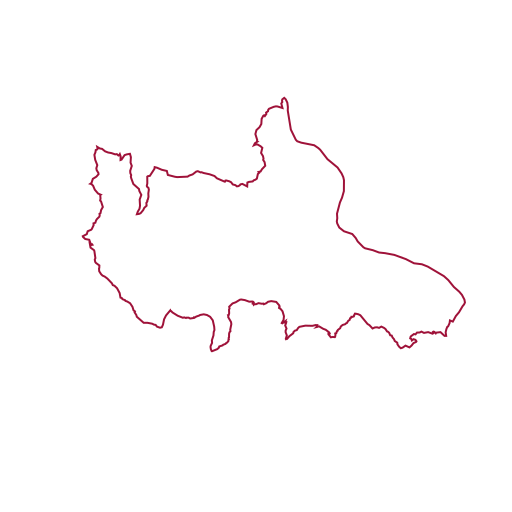 Vetel, Hunedoara, Romania (Equal Earth projection), rotated 47°
{"feature_id": "2599482B75379563819693", "entity_name": "Vetel", "entity_type": "district", "adm_level": 2, "iso_a3": "ROU", "parent_name": "Romania", "parent_adm1": "Hunedoara", "projection": "equal_earth", "projection_center": [22.747, 45.868], "detail": "fine", "context": "isolated", "style": "outline", "palette": "rose", "viewbox_px": 512, "rotation_deg": 47, "n_neighbors": 0, "source": "geoboundaries", "source_scale": "gbopen_adm2", "svg_char_len": 6128}
<svg xmlns="http://www.w3.org/2000/svg" viewBox="0 0 512 512"><g transform="rotate(47 256 256)"><path d="M90.2,327.9L91.2,327.3L93.5,327.2L97.6,328.7L102.6,328.9L105.2,327.8L105.1,328.3L107.8,330.4L109.2,332.2L110.4,332.1L115.7,334.6L116.8,338.0L118.6,340.5L118.4,341.7L119.6,342.5L120.4,343.7L120.5,347.1L120.9,348.7L122.1,350.8L121.3,352.6L122.7,353.7L124.3,357.7L124.4,358.6L123.1,362.2L124.6,364.9L123.4,369.2L124.1,369.5L127.1,369.3L130.4,366.9L133.9,368.4L135.1,368.5L135.5,367.9L136.2,368.0L135.7,368.8L133.6,369.1L137.0,371.3L141.2,370.5L142.1,370.8L148.0,374.9L148.7,376.4L150.6,377.6L151.8,377.8L156.1,377.0L157.9,378.8L158.1,379.4L160.3,381.1L163.7,381.7L165.7,381.6L167.8,380.7L171.1,380.1L177.7,380.0L179.6,380.6L181.2,379.8L184.8,379.6L190.1,381.0L194.0,383.5L195.3,382.8L196.5,383.1L199.0,381.9L199.8,382.1L201.5,381.2L204.7,380.3L208.9,381.0L212.2,382.6L214.0,382.3L214.4,383.2L217.6,383.8L219.1,384.6L228.3,383.7L230.9,380.9L234.7,378.1L236.7,377.4L237.9,376.4L240.1,376.6L243.0,375.1L243.9,373.5L242.8,370.9L239.6,366.4L238.1,362.3L237.3,355.8L238.0,356.1L238.5,355.6L240.3,355.6L246.3,354.0L251.3,351.6L251.9,350.4L253.6,349.5L253.6,349.0L255.2,347.3L256.8,346.8L259.0,343.6L258.6,343.1L259.4,342.3L259.5,341.1L260.8,338.2L261.0,337.1L263.0,334.0L265.7,332.1L269.2,331.0L273.6,331.5L279.2,334.8L281.8,336.9L282.7,338.7L285.1,341.3L287.6,345.8L289.6,347.4L290.8,350.4L291.5,351.3L293.4,352.6L295.4,353.3L295.7,353.0L297.7,347.8L297.7,345.6L297.1,344.6L298.6,341.4L298.5,340.6L299.5,338.2L299.3,337.5L299.6,336.4L299.4,334.3L298.5,333.3L298.5,332.7L297.3,332.0L297.1,331.2L294.5,328.7L293.7,327.4L293.6,326.0L292.3,325.1L289.0,320.5L287.3,319.3L281.7,318.0L281.1,317.2L280.2,316.8L280.5,316.1L279.6,314.7L276.8,312.3L276.4,311.2L274.8,310.2L274.7,305.5L276.0,302.4L277.0,297.6L277.7,296.5L280.7,294.2L284.8,292.1L286.8,289.7L287.5,289.3L288.0,289.3L287.8,289.7L288.5,290.9L289.1,290.6L290.1,290.9L290.0,290.0L291.2,289.0L292.2,286.3L294.9,284.3L295.8,283.1L296.6,283.2L297.5,280.8L297.7,278.4L299.4,275.6L303.4,272.5L308.1,272.7L309.3,273.4L309.1,274.7L309.3,274.1L309.7,274.6L311.6,274.1L314.5,274.3L319.1,276.6L321.5,279.4L322.6,282.9L323.2,282.7L323.7,278.9L324.2,279.9L324.6,279.7L324.4,278.9L324.6,278.9L325.0,279.6L325.2,279.2L325.5,279.6L326.7,282.0L329.9,283.2L330.7,285.1L331.9,286.3L335.1,287.6L336.9,290.7L337.3,290.8L337.5,289.9L337.8,289.7L337.4,286.2L337.9,281.5L337.2,280.5L337.1,278.6L338.0,276.7L337.4,274.4L337.4,272.6L340.6,267.4L345.6,262.3L347.1,259.6L348.3,258.4L348.8,259.4L349.3,259.4L349.3,260.1L349.8,259.2L349.7,258.8L350.6,257.8L355.1,256.5L357.5,255.3L361.9,254.6L363.1,255.0L363.1,255.5L362.3,256.1L362.6,256.4L366.5,256.7L367.5,255.1L369.1,253.7L369.1,253.3L367.8,251.6L366.7,250.9L367.2,249.9L366.2,248.1L366.4,247.4L365.9,246.6L366.2,243.7L365.4,242.1L365.5,239.7L366.7,237.3L366.7,235.7L367.0,235.2L366.3,232.7L366.6,231.1L365.7,229.7L366.0,228.5L365.5,227.7L366.3,227.0L366.9,225.6L366.2,224.9L366.2,224.1L365.6,223.0L366.2,222.4L368.4,220.9L370.5,220.1L381.8,220.8L383.9,220.2L388.5,220.2L389.3,217.8L390.7,216.1L392.5,215.0L393.1,212.5L395.9,211.4L397.8,211.1L400.5,211.6L401.5,211.1L403.0,211.0L405.5,211.9L406.8,211.0L408.6,211.7L411.0,211.8L412.8,212.5L415.7,211.8L417.1,212.8L419.9,213.2L422.2,213.0L423.0,211.3L423.5,207.8L427.5,206.1L427.6,203.3L427.1,200.2L428.0,197.6L427.9,196.9L427.4,196.7L426.0,196.6L424.3,197.5L424.1,199.6L422.6,199.0L421.4,199.4L420.5,198.0L420.4,197.2L420.8,193.7L422.1,192.8L421.8,190.5L423.6,188.4L424.1,186.6L426.8,185.6L429.1,182.0L433.2,179.9L433.4,179.1L432.2,178.5L432.3,177.8L433.1,177.3L435.2,177.3L435.0,176.4L437.5,173.0L443.0,172.6L444.1,171.4L441.1,169.3L439.3,166.6L438.3,164.5L438.5,163.5L437.1,160.2L435.4,158.1L438.2,156.8L436.2,150.8L435.6,145.9L433.6,139.1L433.3,136.8L432.5,134.9L430.0,133.3L424.9,131.9L420.8,131.7L413.6,132.4L404.7,131.8L398.9,132.3L380.9,137.6L375.2,140.3L369.1,145.4L360.5,148.5L349.5,154.1L341.9,159.7L337.4,163.6L331.4,166.6L324.7,171.0L322.8,171.5L314.7,171.7L310.8,170.8L305.6,170.6L297.9,174.8L292.0,175.7L287.6,174.4L285.8,173.3L283.8,170.8L280.3,167.9L274.1,158.1L272.0,153.3L268.5,147.5L260.6,140.0L257.9,138.4L254.0,137.1L246.9,136.0L233.9,137.7L222.1,136.6L219.6,136.8L214.7,137.9L204.0,145.6L200.2,147.6L198.1,147.6L187.3,144.3L171.3,133.6L168.8,131.1L165.2,128.5L161.6,127.4L159.6,127.5L159.4,130.0L160.3,131.2L161.3,131.7L161.7,133.5L165.8,135.7L161.3,138.3L160.1,139.4L159.0,141.3L157.2,146.1L157.4,147.3L158.3,148.5L158.0,150.8L159.2,151.6L159.7,154.1L158.6,154.1L158.4,155.0L159.5,158.3L163.1,162.1L164.2,165.6L164.2,169.8L166.4,173.3L172.0,176.0L172.9,177.3L173.3,177.1L172.8,179.9L173.6,182.0L174.2,180.3L175.3,178.9L178.8,177.8L181.2,177.6L184.1,182.0L187.8,182.8L189.9,184.1L190.6,185.2L193.2,185.7L196.3,187.7L196.6,192.5L197.3,194.9L196.3,196.8L197.3,196.9L197.3,198.7L200.0,202.6L199.8,204.4L199.1,206.1L199.2,207.6L197.0,210.6L196.4,212.2L199.1,215.0L194.0,216.8L193.0,218.5L193.2,219.6L192.9,221.2L192.0,222.5L190.2,222.7L187.8,224.2L185.1,223.9L183.1,224.6L180.4,226.3L180.0,226.9L180.5,227.9L180.3,228.2L172.5,231.6L169.2,231.8L164.6,234.2L159.6,237.7L157.6,238.7L157.1,239.5L154.3,240.7L153.5,242.1L153.1,246.7L151.7,249.8L151.3,251.9L144.5,259.9L142.7,261.3L136.6,265.2L133.0,263.2L128.7,266.1L123.9,268.2L121.9,269.5L123.0,270.9L125.0,279.0L123.9,280.6L123.8,281.4L128.8,286.0L130.2,288.0L130.9,288.4L132.8,288.2L134.4,289.1L136.8,292.1L139.4,294.3L141.0,296.7L141.1,297.5L142.0,298.3L142.4,300.0L144.6,301.7L144.6,304.9L145.5,307.2L146.0,311.2L145.5,312.7L144.2,314.6L142.9,312.1L142.0,309.0L140.1,306.5L135.4,302.6L133.1,298.2L128.9,297.0L127.2,295.9L119.7,296.6L114.0,294.2L112.6,293.4L111.7,292.1L109.7,291.4L107.9,289.9L105.4,285.4L102.2,284.1L98.4,280.1L95.3,278.5L93.5,281.3L92.6,283.3L93.8,288.6L93.4,289.6L90.9,287.1L88.6,286.1L89.0,287.6L88.7,288.1L86.6,288.3L85.6,289.7L82.2,291.5L79.4,293.6L76.5,295.0L72.7,295.5L70.8,296.9L67.9,297.7L69.6,298.7L69.7,299.8L69.2,300.9L70.7,302.8L71.8,305.2L76.0,308.0L81.3,310.1L82.9,312.9L84.6,314.0L87.7,314.6L88.8,315.4L89.1,318.7L88.3,322.7L90.4,326.5L90.2,327.9Z" fill="none" stroke="#9f1239" stroke-width="2"/></g></svg>